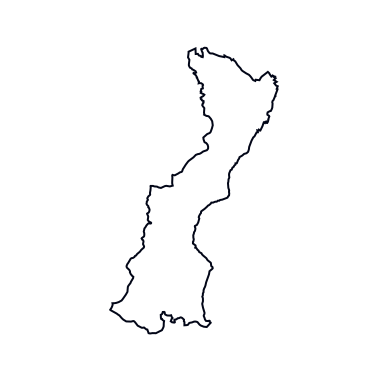 Tarcaia, Bihor, Romania (orthographic projection), rotated 335°
{"feature_id": "2599482B54145766653742", "entity_name": "Tarcaia", "entity_type": "district", "adm_level": 2, "iso_a3": "ROU", "parent_name": "Romania", "parent_adm1": "Bihor", "projection": "orthographic", "projection_center": [22.29, 46.58], "detail": "fine", "context": "isolated", "style": "outline", "palette": "ink", "viewbox_px": 384, "rotation_deg": 335, "n_neighbors": 0, "source": "geoboundaries", "source_scale": "gbopen_adm2", "svg_char_len": 6067}
<svg xmlns="http://www.w3.org/2000/svg" viewBox="0 0 384 384"><g transform="rotate(335 192 192)"><path d="M153.7,318.1L153.1,316.9L153.5,316.2L153.3,316.0L151.7,315.6L150.2,314.7L149.9,313.0L150.2,311.1L150.2,309.6L150.5,308.8L151.7,307.8L152.3,306.8L153.1,301.4L153.9,298.0L154.1,297.5L155.7,295.7L156.2,294.7L157.0,292.8L157.1,291.2L158.1,290.3L159.1,288.4L160.0,287.8L161.0,285.9L162.3,284.5L163.4,283.7L164.7,282.4L166.6,279.9L172.6,273.8L174.4,271.2L178.0,270.2L178.5,269.9L178.7,269.3L178.8,268.5L178.3,267.7L178.2,267.1L179.1,264.3L179.0,263.8L177.3,260.4L177.0,258.0L175.2,254.2L174.7,252.7L174.7,251.5L173.2,249.5L173.1,247.7L172.6,246.8L172.2,244.5L171.4,243.8L172.4,242.8L172.6,241.9L171.1,239.1L171.8,237.6L172.2,237.5L173.5,235.8L173.7,235.4L173.9,234.1L174.9,231.7L176.1,230.5L176.8,229.4L178.2,228.5L179.1,227.4L179.8,226.2L179.8,225.3L180.1,224.2L180.3,224.0L182.5,223.9L184.7,222.3L187.4,219.1L187.4,217.8L188.0,217.0L190.0,215.5L191.3,214.8L191.8,213.8L192.3,213.4L196.4,212.6L199.6,211.6L200.6,211.1L201.7,211.1L203.8,210.6L205.1,209.8L206.5,210.5L208.9,210.6L210.4,211.2L211.9,210.8L212.9,211.4L214.1,211.1L216.1,211.7L221.4,212.1L222.0,212.0L222.7,211.3L224.1,210.8L225.2,208.9L225.5,207.7L226.4,206.1L226.7,203.6L228.4,199.1L229.2,198.2L230.5,195.9L231.9,194.7L232.8,192.1L233.6,190.8L235.8,188.8L236.2,188.5L237.4,188.5L239.0,187.0L240.4,186.8L241.5,185.9L243.0,185.5L243.5,184.4L244.8,184.8L247.5,182.3L248.7,181.7L249.8,180.5L253.0,180.2L255.3,179.5L257.8,179.9L259.8,179.3L261.5,177.5L262.9,175.3L267.7,170.6L270.6,168.4L272.1,168.0L275.7,165.3L276.9,165.7L277.3,163.7L278.5,164.5L279.0,163.8L280.0,165.1L283.7,162.1L286.4,159.3L287.1,160.2L287.9,159.3L289.3,159.5L289.7,160.2L288.8,160.9L289.3,161.2L290.5,160.4L292.0,158.5L291.9,158.3L294.0,156.2L294.0,155.5L293.0,153.9L293.2,153.1L294.2,151.8L296.6,151.6L297.6,151.9L299.2,150.7L300.4,149.5L302.4,145.9L302.7,144.5L303.6,143.5L304.7,143.1L307.4,140.6L307.7,140.6L307.9,140.5L307.7,140.3L308.2,139.7L312.9,135.1L313.0,134.8L312.4,134.3L314.4,132.4L313.2,131.1L312.5,128.2L315.3,127.9L313.5,125.1L315.9,124.2L315.0,122.8L315.9,122.4L315.1,121.7L314.3,120.5L313.4,121.0L312.7,121.0L312.2,118.1L312.2,117.0L311.5,115.2L303.9,116.9L302.1,117.9L300.4,119.2L297.2,117.2L296.3,118.1L294.9,116.6L294.6,116.0L294.2,113.4L293.7,111.4L293.1,109.8L291.2,107.3L289.1,103.9L288.5,102.7L288.2,100.3L286.9,96.3L286.4,91.9L285.5,90.3L285.6,89.2L283.6,89.4L283.3,87.2L282.8,86.3L280.6,84.2L279.6,82.9L279.5,82.4L279.1,81.9L278.3,83.4L274.1,80.3L269.3,75.2L267.1,74.1L266.5,73.1L266.0,70.9L266.2,68.2L265.9,67.5L264.4,66.6L263.6,66.5L262.1,66.9L261.8,66.8L261.3,66.3L260.7,66.4L260.4,69.4L260.6,70.0L259.3,73.5L258.7,74.3L257.5,73.4L257.5,72.5L256.0,71.2L255.8,70.3L255.7,69.3L253.7,68.5L255.8,63.4L248.2,63.4L247.5,64.8L245.3,68.3L245.5,71.1L243.1,75.0L242.6,76.2L242.7,78.4L243.9,79.9L244.0,81.0L244.9,81.9L246.3,84.2L246.2,85.5L244.6,85.5L243.8,84.8L243.5,85.2L244.8,87.7L245.0,90.3L244.6,90.5L244.8,91.2L244.7,94.4L245.0,94.8L244.0,96.3L244.7,96.4L246.4,97.4L247.3,99.1L247.2,99.8L246.4,100.3L245.6,102.7L244.0,102.5L242.4,104.5L242.8,104.9L241.8,105.9L243.9,108.3L244.3,109.1L242.8,109.8L239.7,110.1L239.3,111.5L239.9,112.1L239.7,112.5L239.7,113.1L240.8,114.3L240.6,114.6L240.8,114.8L240.4,115.5L239.5,116.1L239.7,116.3L238.0,117.5L238.0,118.5L238.6,121.2L236.4,125.2L236.0,126.9L235.7,127.1L237.2,129.1L238.7,130.1L239.2,130.7L240.0,133.6L240.2,136.4L239.0,140.3L237.0,142.7L234.3,145.4L233.3,145.9L232.5,146.0L230.3,145.9L225.3,147.4L224.7,149.2L224.4,152.0L224.5,152.3L225.5,153.5L225.9,154.8L226.1,155.8L225.8,157.7L225.0,159.3L224.3,159.9L223.1,160.4L219.3,160.0L216.7,160.5L215.1,160.6L213.1,160.1L211.1,160.0L208.0,161.2L202.7,162.3L201.4,162.7L198.0,164.5L193.3,167.5L192.0,168.9L191.1,169.4L189.2,169.1L187.5,169.4L183.5,169.6L182.1,168.8L181.7,168.3L181.3,168.4L180.9,169.0L180.4,170.5L178.1,174.9L177.6,176.1L177.2,178.1L174.3,177.6L171.2,175.5L169.8,175.2L165.6,175.2L163.7,173.8L162.5,172.3L160.2,171.0L159.2,170.0L157.1,169.0L156.9,169.1L156.5,170.4L155.0,173.0L153.5,175.1L153.0,176.6L152.5,177.0L150.6,177.5L148.9,178.7L148.7,179.2L148.8,180.2L148.7,180.5L147.0,181.6L146.5,182.5L145.8,183.4L145.8,184.6L146.4,186.4L146.2,187.2L145.9,187.5L146.3,188.5L146.0,190.3L144.9,191.7L144.0,192.3L142.2,192.6L142.0,193.4L142.1,194.7L141.9,195.9L140.1,198.6L140.3,199.9L140.5,200.6L141.9,202.4L141.9,202.8L141.6,203.1L141.2,203.1L140.7,202.9L139.8,202.2L138.7,202.1L136.5,203.1L134.8,204.3L133.5,204.9L131.5,207.6L131.4,208.9L130.9,210.2L130.1,211.6L129.7,212.0L127.0,212.6L126.7,212.8L126.8,214.2L127.3,215.0L127.3,215.5L127.1,216.4L125.6,218.5L125.6,221.0L124.9,222.0L121.6,223.0L119.5,224.1L116.1,225.0L114.5,225.9L113.3,225.9L112.3,226.6L110.5,226.8L109.2,226.4L108.2,226.6L104.1,229.4L103.1,229.9L101.7,231.1L101.1,232.1L101.1,233.2L102.2,236.0L102.3,237.3L102.2,237.9L101.8,238.5L101.8,240.9L102.2,241.9L102.3,242.7L103.0,244.0L102.2,245.2L98.7,247.6L97.8,248.5L94.7,250.1L93.7,251.0L91.3,255.2L88.6,257.1L84.1,259.7L82.3,260.6L79.0,260.8L76.5,260.5L74.7,260.0L72.9,259.2L72.7,260.1L72.0,261.2L70.3,262.8L68.1,264.2L68.2,264.6L72.4,270.4L73.4,272.3L74.0,273.1L75.0,276.6L75.8,278.6L77.7,281.5L82.0,283.7L84.2,284.1L84.9,284.7L85.4,286.1L86.3,290.2L89.0,293.7L90.2,294.3L91.2,294.5L92.6,297.3L93.4,297.8L93.0,301.6L94.2,302.5L96.6,303.2L99.6,304.7L106.4,304.5L108.7,302.7L109.6,301.7L111.1,298.7L112.2,297.1L111.2,295.5L111.2,294.4L110.5,294.1L110.6,293.0L111.8,290.1L113.1,290.0L113.6,289.7L114.8,288.4L116.1,288.9L116.4,289.5L115.9,290.5L116.0,291.8L117.3,293.4L119.4,294.5L121.0,294.9L120.8,296.5L121.1,298.0L119.5,298.7L119.3,299.1L118.1,300.2L119.0,301.8L119.8,302.1L120.5,302.8L121.1,302.9L121.5,302.7L121.9,300.5L122.6,300.4L124.0,300.8L125.7,300.4L126.8,300.8L128.2,300.8L128.9,300.9L129.8,301.9L130.8,304.3L130.0,305.7L130.2,306.6L128.8,309.6L131.2,310.5L132.3,310.6L134.0,309.6L134.6,309.6L136.9,310.2L138.8,310.3L140.1,310.7L141.4,311.6L142.0,312.3L142.8,315.4L143.6,316.8L145.8,319.1L148.3,320.6L153.7,318.4L153.7,318.1Z" fill="none" stroke="#020617" stroke-width="2"/></g></svg>